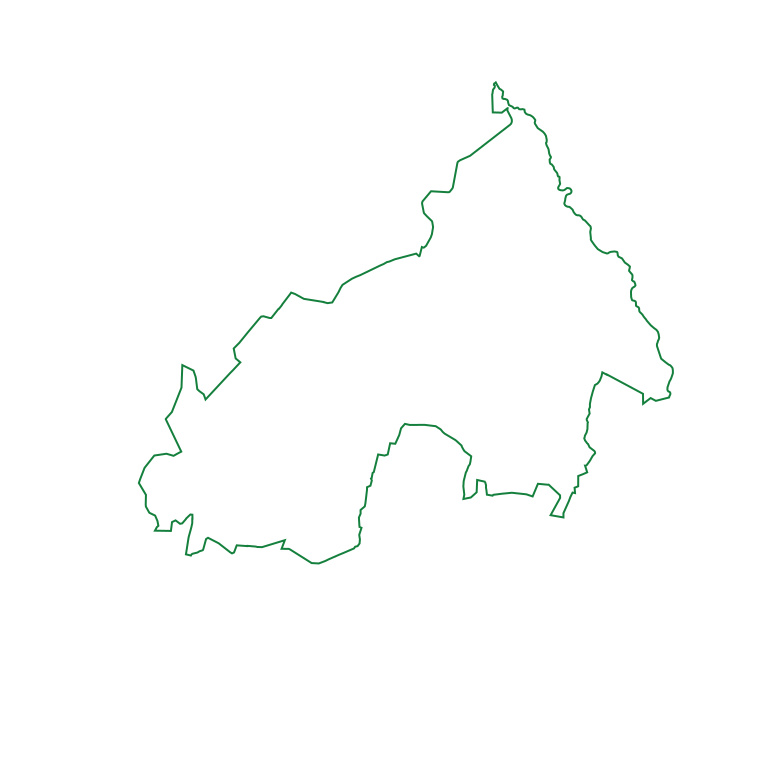 Rencēnu pag., Burtnieku, Latvia, rotated 60°
{"feature_id": "27541924B42196495357588", "entity_name": "Rencēnu pag.", "entity_type": "district", "adm_level": 2, "iso_a3": "LVA", "parent_name": "Latvia", "parent_adm1": "Burtnieku", "projection": "mercator", "projection_center": [25.444, 57.701], "detail": "fine", "context": "isolated", "style": "outline", "palette": "green", "viewbox_px": 768, "rotation_deg": 60, "n_neighbors": 0, "source": "geoboundaries", "source_scale": "gbopen_adm2", "svg_char_len": 6117}
<svg xmlns="http://www.w3.org/2000/svg" viewBox="0 0 768 768"><g transform="rotate(60 384 384)"><path d="M511.4,492.2L510.5,490.3L511.2,488.0L509.9,484.9L506.6,482.6L502.3,480.9L497.3,475.4L495.5,476.7L487.1,472.5L484.6,469.1L481.4,467.3L480.4,461.9L478.2,459.9L474.6,457.2L467.1,451.6L464.9,450.3L465.3,446.6L461.5,442.8L459.4,442.5L459.5,441.9L455.3,438.3L455.2,436.9L442.1,424.3L446.3,419.2L446.9,416.0L438.4,408.3L441.4,404.1L435.8,396.3L430.9,391.4L429.0,385.8L432.3,382.2L439.8,369.1L446.4,360.3L451.7,357.6L454.9,357.1L457.3,356.3L468.4,350.1L476.1,347.6L477.0,347.9L480.0,348.0L482.4,347.9L490.2,344.6L494.5,348.0L496.5,349.9L497.4,351.9L500.8,356.0L501.5,357.3L507.9,363.5L512.4,366.5L520.0,369.8L523.3,372.7L525.7,365.5L524.1,357.9L513.7,351.3L519.4,345.1L519.3,345.4L522.8,346.3L524.7,347.5L527.2,348.4L531.3,350.2L535.0,345.8L534.6,344.8L538.1,336.5L542.1,327.7L550.7,315.9L555.7,311.5L547.4,300.6L553.2,292.4L553.3,292.0L553.6,291.7L568.4,287.2L570.7,288.4L580.9,305.3L589.3,295.3L585.6,293.2L577.8,282.4L575.0,279.0L572.3,275.0L574.0,273.1L569.1,270.8L569.7,267.0L560.8,261.8L561.6,256.6L562.1,252.2L555.3,250.7L555.6,250.3L555.6,249.0L553.5,244.2L550.7,239.4L549.6,236.0L549.3,235.6L548.3,235.3L547.2,235.3L541.6,237.6L538.0,237.3L537.0,237.7L533.3,238.1L531.1,237.7L530.7,237.1L529.2,235.8L527.3,232.8L524.8,230.4L519.8,227.3L519.2,226.6L516.6,226.4L515.7,226.0L512.4,220.7L508.5,219.2L507.0,217.2L504.3,215.7L500.0,212.0L494.9,206.9L490.4,201.9L490.4,198.9L489.7,197.0L489.0,195.5L486.2,191.9L483.1,189.1L487.4,186.4L487.2,186.2L522.0,164.6L530.7,169.5L529.5,160.1L534.5,157.0L538.2,143.9L537.2,142.8L536.2,141.3L535.1,140.6L534.6,140.5L533.6,140.6L532.7,141.4L531.7,141.6L530.6,141.4L528.6,140.1L524.3,135.2L524.0,134.5L522.7,132.5L519.2,128.5L516.6,127.0L514.6,126.2L513.1,126.3L511.6,126.6L510.9,126.8L509.7,127.7L505.8,129.4L500.7,131.3L500.0,131.2L487.5,128.6L485.8,127.6L485.1,126.6L483.4,124.9L483.0,124.0L481.6,122.6L478.4,121.3L475.8,120.7L473.3,121.0L470.6,122.2L466.6,123.6L460.4,124.8L459.1,124.8L455.7,125.4L453.0,125.5L449.4,126.5L448.4,126.4L445.9,125.2L444.7,125.3L443.1,126.3L442.2,126.6L439.2,125.0L438.2,124.9L437.2,125.5L435.7,127.1L435.1,127.2L432.3,126.5L427.8,124.1L426.9,123.4L425.9,122.4L425.2,121.2L425.0,120.7L424.9,118.2L424.4,117.0L424.0,116.8L422.9,116.4L420.5,116.1L419.5,116.9L418.1,117.3L417.2,116.7L416.8,116.2L415.6,115.3L413.9,114.4L413.5,114.3L408.7,115.2L407.9,114.7L406.4,113.2L405.2,112.3L402.7,113.1L399.2,114.7L394.2,115.1L391.1,117.2L389.5,117.2L386.9,116.1L386.4,116.1L386.0,116.3L384.4,118.2L382.9,121.7L382.7,123.0L382.8,124.6L382.4,125.7L379.1,128.7L374.1,131.4L369.5,132.2L364.4,132.7L362.4,132.7L360.9,131.8L355.5,129.4L352.7,127.0L350.9,126.4L350.4,126.4L349.3,126.8L342.9,128.2L341.0,129.4L337.9,129.5L336.5,129.9L335.2,131.0L334.6,132.2L333.3,133.2L331.8,133.6L329.8,133.8L327.3,133.5L324.5,134.4L323.6,134.7L323.0,135.2L322.6,136.0L321.7,136.8L321.0,137.3L319.6,137.8L318.1,137.7L317.6,137.4L315.4,135.2L314.0,134.2L312.3,132.5L311.8,131.7L311.6,131.0L311.7,130.0L312.2,127.8L312.2,127.3L312.0,126.6L311.4,125.7L310.6,125.1L309.1,124.9L307.9,125.2L307.4,125.5L306.4,126.6L305.8,127.6L306.2,130.7L306.0,131.7L305.6,132.6L304.7,133.9L303.7,134.9L303.2,135.2L302.0,135.5L300.9,134.9L300.2,133.9L299.6,132.7L298.7,131.4L295.1,130.1L293.2,128.8L292.2,128.5L291.3,129.4L290.6,129.4L288.6,128.7L287.8,128.6L283.3,129.3L280.7,128.5L277.8,128.9L276.5,129.8L275.0,129.6L272.4,128.3L271.9,127.1L271.1,126.1L270.8,125.9L269.0,126.0L267.1,125.7L262.9,124.1L258.5,123.8L256.8,123.4L256.1,123.0L255.9,122.4L255.5,122.0L254.0,121.0L250.1,119.7L247.6,119.7L245.1,120.2L239.3,122.9L233.9,123.1L232.9,122.7L231.5,121.3L231.0,121.0L228.9,121.2L227.0,121.6L224.6,122.8L223.4,123.9L222.7,124.7L221.1,125.8L219.0,126.1L216.6,125.2L215.3,126.4L214.5,128.3L213.6,129.5L211.7,129.9L211.2,130.5L210.8,132.7L210.5,133.3L209.8,133.8L208.3,134.0L205.0,136.3L203.1,136.0L200.9,135.2L199.5,135.2L197.5,136.8L197.1,137.7L196.0,138.6L194.4,138.1L193.4,136.8L192.1,136.0L190.5,134.7L190.1,134.6L187.5,135.5L186.1,136.4L181.2,136.5L178.7,136.4L178.9,137.3L178.9,138.3L179.1,138.6L179.9,139.3L181.1,138.9L182.1,139.5L182.7,140.2L183.6,142.4L186.4,144.6L187.3,145.5L203.2,154.0L207.9,146.3L206.9,139.1L207.0,139.0L208.2,140.1L208.9,140.4L217.4,140.8L218.8,141.1L220.6,142.0L221.8,143.3L222.3,144.3L222.5,145.1L229.4,195.4L228.3,205.9L228.3,206.9L228.5,208.8L228.8,209.4L229.5,210.1L248.2,226.1L248.9,227.1L250.4,231.0L250.3,232.0L249.6,233.2L240.6,246.9L245.1,259.3L245.6,259.9L246.7,260.8L255.1,263.7L256.2,263.9L260.1,263.0L266.8,261.1L267.8,261.2L272.6,263.0L278.2,267.6L280.5,270.3L285.4,278.5L285.8,281.3L285.5,281.8L284.3,282.7L290.9,289.1L290.9,289.7L287.2,290.9L281.4,312.3L280.6,318.3L279.9,320.4L279.9,324.4L279.5,327.8L278.9,335.9L277.8,350.5L277.2,354.4L276.8,359.2L277.4,370.4L279.1,373.6L281.8,377.6L287.5,388.0L285.8,392.4L282.8,395.5L282.7,395.4L270.2,410.8L261.5,416.1L258.4,418.7L259.2,420.4L264.3,432.6L264.7,433.1L266.4,437.5L266.2,437.8L270.5,448.6L269.7,450.0L265.1,454.5L264.2,456.7L264.8,458.6L271.3,476.4L276.0,488.7L278.1,496.4L287.7,499.7L293.4,497.6L296.5,507.8L297.6,511.8L308.2,546.3L302.8,545.3L297.8,547.5L295.1,548.3L284.9,544.0L283.3,543.5L277.1,542.3L266.8,549.2L285.9,561.2L302.2,581.7L305.1,590.4L305.3,590.6L341.2,593.4L341.0,598.3L341.0,602.1L335.6,607.3L331.1,618.7L336.9,633.3L344.7,643.0L347.2,645.8L361.0,645.6L369.2,650.6L371.1,651.5L378.2,651.6L383.5,648.0L389.4,648.7L394.0,650.3L394.4,652.3L396.5,655.7L404.7,642.0L397.6,636.6L397.9,632.7L403.1,630.5L403.8,628.4L401.9,623.0L401.6,622.7L400.2,616.9L401.4,615.3L404.9,617.2L404.8,617.4L408.6,619.6L412.1,622.8L419.0,629.8L432.5,640.7L436.0,637.0L435.4,636.0L435.2,635.0L436.7,629.7L436.6,627.5L437.3,624.3L437.3,624.0L436.8,623.2L429.3,615.6L429.2,613.3L439.3,606.8L452.9,601.3L454.7,600.3L454.9,598.1L450.1,592.2L455.4,584.4L456.0,583.5L455.8,583.4L455.9,583.2L460.7,576.3L461.8,575.2L464.3,571.2L469.7,548.0L475.5,555.1L479.2,548.9L480.3,548.1L502.9,536.2L506.8,530.2L507.9,523.5L508.2,519.3L509.5,507.6L510.0,504.0L511.4,492.2Z" fill="none" stroke="#15803d" stroke-width="2"/></g></svg>